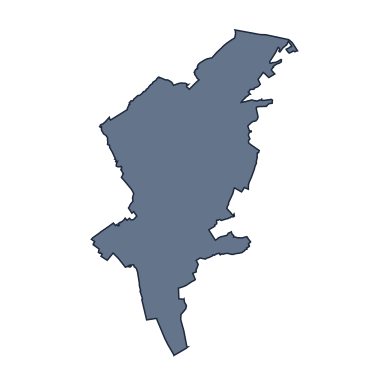 outline of Hiliseu-Horia, Botosani, Romania, rotated 93°
{"feature_id": "2599482B53241690354828", "entity_name": "Hiliseu-Horia", "entity_type": "district", "adm_level": 2, "iso_a3": "ROU", "parent_name": "Romania", "parent_adm1": "Botosani", "projection": "mercator", "projection_center": [26.289, 48.015], "detail": "fine", "context": "isolated", "style": "filled", "palette": "slate", "viewbox_px": 384, "rotation_deg": 93, "n_neighbors": 0, "source": "geoboundaries", "source_scale": "gbopen_adm2", "svg_char_len": 5950}
<svg xmlns="http://www.w3.org/2000/svg" viewBox="0 0 384 384"><g transform="rotate(93 192 192)"><path d="M262.3,261.9L270.6,254.6L269.7,252.1L270.1,250.8L270.1,249.7L269.6,249.1L269.2,248.9L268.9,249.2L268.5,250.5L268.0,248.8L268.0,248.2L267.7,246.7L268.0,246.3L269.7,245.9L270.4,244.4L271.7,243.4L274.7,242.2L279.8,241.1L286.0,239.8L288.1,239.7L293.3,238.1L293.8,238.7L301.3,235.8L302.0,236.5L322.1,230.6L320.3,222.0L320.3,220.5L321.4,220.3L339.7,211.5L345.8,208.0L355.7,201.5L356.1,201.5L352.0,195.1L348.4,189.7L347.1,188.3L347.2,188.7L347.0,188.9L345.4,189.4L331.1,192.9L320.3,196.5L319.4,196.6L314.8,196.6L311.5,193.9L310.2,193.2L309.5,192.3L306.1,191.6L305.4,191.8L302.2,193.9L300.7,194.0L299.7,194.4L299.1,194.4L299.5,194.9L299.4,199.5L288.7,200.5L287.7,197.5L285.8,193.3L281.5,187.5L280.1,185.0L279.3,184.1L273.1,187.0L271.5,183.5L269.2,184.0L268.7,183.4L264.0,182.0L260.1,184.2L257.5,180.5L258.3,175.1L257.5,174.1L256.8,172.9L256.8,172.2L255.1,168.9L254.5,168.1L253.7,167.8L254.0,166.5L253.1,165.0L252.7,164.7L252.6,163.9L252.1,163.4L252.0,162.1L251.8,161.4L251.9,161.2L252.8,161.0L253.3,160.5L253.2,160.2L252.4,159.4L252.3,158.9L252.5,157.5L251.8,155.7L251.4,154.0L251.5,152.7L252.2,149.5L252.2,147.8L251.2,144.8L250.7,142.0L249.9,139.0L247.9,136.5L247.0,135.9L246.0,134.0L245.0,134.5L243.7,132.3L243.2,131.9L242.5,132.4L242.4,132.1L240.7,132.9L239.1,131.1L238.8,131.3L238.5,131.0L236.1,133.2L233.7,134.9L235.3,140.0L235.2,142.5L235.4,143.6L234.7,146.7L234.9,148.1L233.5,148.0L231.6,150.0L229.7,150.6L230.4,151.8L231.2,153.6L233.4,154.8L234.4,157.9L235.0,160.3L235.8,162.1L236.5,163.3L237.8,164.5L238.9,166.2L228.9,173.3L224.9,167.4L223.9,167.6L222.4,165.7L221.5,165.6L219.9,166.1L218.8,165.8L218.8,164.3L218.0,163.2L218.0,162.8L218.1,162.3L218.7,161.7L218.9,161.0L218.5,160.2L217.0,156.1L216.7,154.7L215.8,153.5L215.7,152.5L214.8,151.7L214.6,151.1L214.7,150.0L214.6,149.2L213.8,148.4L211.8,148.9L213.1,149.7L212.9,150.3L210.6,152.3L206.6,156.4L204.2,155.8L202.6,154.9L200.5,154.8L191.3,151.1L187.2,150.4L185.7,149.8L189.3,142.5L184.8,139.9L186.3,135.9L181.7,136.0L179.2,135.4L174.8,133.7L166.5,131.1L163.0,130.4L159.9,129.2L157.9,129.4L153.8,128.6L152.9,128.9L149.7,128.8L149.4,128.7L149.4,127.9L149.1,127.5L147.9,127.3L147.1,127.0L142.5,134.4L140.6,137.3L139.9,138.0L137.7,138.3L136.0,136.9L133.0,138.5L130.9,138.6L129.1,137.3L129.0,136.4L128.8,136.0L128.3,135.9L127.8,136.2L128.2,137.8L123.4,139.7L122.8,139.5L119.1,135.9L118.2,134.3L118.1,133.2L117.5,131.9L117.3,132.0L116.5,131.0L115.8,130.7L115.3,130.3L113.3,130.0L105.7,132.1L104.1,132.2L103.8,131.8L103.2,129.6L102.6,122.3L102.4,122.1L102.3,122.3L100.2,120.2L99.6,119.0L99.2,116.6L96.0,116.5L95.3,117.9L95.9,119.6L96.0,121.2L96.8,124.8L96.8,127.3L96.6,127.7L96.3,127.1L95.7,127.3L96.7,128.2L96.6,129.5L97.5,131.0L97.5,131.6L97.8,132.2L97.4,133.8L97.6,135.0L97.1,136.0L96.9,137.2L97.9,139.9L98.0,140.9L98.9,142.9L99.2,144.7L99.9,147.5L98.1,146.5L95.1,143.6L94.9,143.8L92.9,141.2L91.6,140.1L91.3,138.9L91.1,139.1L91.1,139.4L90.2,139.7L89.9,140.5L89.1,141.0L88.8,140.5L86.7,139.3L86.5,138.8L86.2,135.6L84.8,134.9L83.4,131.7L80.9,129.4L76.1,131.9L68.9,127.1L70.1,125.4L73.7,121.3L69.8,115.5L66.1,119.1L65.5,119.1L64.2,118.0L63.3,117.8L63.2,117.2L62.3,117.4L59.7,114.0L58.8,111.6L57.6,109.8L55.5,109.5L55.0,110.0L57.8,114.3L58.5,117.1L58.6,118.4L59.4,119.9L59.2,120.4L59.2,120.9L58.5,120.9L57.9,121.3L48.3,115.8L43.1,113.6L43.0,113.4L43.3,112.9L44.8,111.9L46.8,112.7L47.6,111.6L43.0,108.5L42.0,107.2L40.5,105.9L40.4,105.3L36.5,103.7L40.2,100.7L41.5,100.1L41.8,100.7L42.2,102.0L43.0,102.6L44.5,105.5L45.1,105.2L47.7,102.9L48.2,102.2L46.9,99.6L45.9,98.4L46.0,97.7L46.4,97.1L46.5,96.3L45.9,95.5L45.5,94.0L38.4,99.1L37.2,100.2L34.8,103.4L31.1,126.5L31.2,132.3L27.9,157.6L29.1,157.1L31.6,156.8L35.4,157.3L36.2,157.7L37.9,160.3L41.6,165.1L44.6,168.3L46.9,170.3L51.1,174.4L57.0,179.1L58.1,183.5L59.4,186.1L62.7,190.9L64.5,192.5L66.9,193.3L67.9,192.6L68.7,193.3L68.4,193.4L68.5,193.7L68.9,193.8L69.5,194.7L70.4,195.3L71.1,195.3L71.5,195.7L72.6,196.1L73.2,195.3L74.3,195.5L76.3,193.9L77.9,193.0L79.7,190.9L82.1,193.4L89.6,200.1L87.9,201.9L87.7,202.5L87.0,202.9L85.6,202.9L85.4,201.6L84.9,201.2L85.1,201.8L83.8,204.0L83.7,208.6L84.4,211.3L86.4,216.0L83.6,217.9L82.3,220.0L81.4,222.0L81.4,224.4L79.5,229.7L79.7,230.4L79.1,230.7L79.0,231.3L79.7,231.8L79.6,232.1L81.0,233.2L82.4,233.9L84.3,236.6L84.8,237.0L85.6,237.1L86.6,238.1L87.0,239.0L87.6,239.2L88.7,240.3L90.3,241.1L91.0,241.7L91.8,243.0L92.7,243.2L94.2,244.6L94.3,245.8L94.9,245.9L95.7,246.7L96.0,246.8L97.9,248.8L98.4,250.1L98.4,250.9L99.5,252.2L101.2,253.7L101.9,254.7L102.9,255.1L104.2,256.1L104.1,256.9L104.3,257.9L105.2,258.2L105.8,259.2L106.4,259.2L107.5,258.6L107.9,259.6L109.0,259.5L109.7,260.1L111.0,260.5L112.4,261.0L113.1,260.9L124.4,277.1L123.0,278.2L121.8,278.5L127.0,282.7L127.5,283.4L128.7,284.5L129.1,285.8L129.9,287.0L130.7,287.1L131.6,287.7L132.1,286.7L131.6,285.8L134.8,285.7L135.6,285.2L138.6,283.3L140.0,280.9L142.6,279.0L144.3,279.2L145.0,278.9L146.7,278.7L149.0,278.8L149.5,277.6L149.4,277.1L149.8,276.8L152.0,276.5L156.1,273.8L162.4,270.5L162.7,270.4L163.2,270.9L163.5,270.2L164.6,269.2L165.4,269.9L166.5,268.9L165.9,268.2L168.7,269.1L170.2,268.9L170.7,267.3L170.6,265.7L170.1,264.3L170.4,263.7L171.3,263.5L171.8,264.0L173.0,263.5L173.5,264.2L177.3,261.5L177.7,262.0L178.0,261.9L179.0,262.2L181.1,263.3L185.5,259.0L192.5,252.6L196.5,250.1L200.8,251.1L204.4,250.5L207.4,252.8L209.9,253.8L211.3,254.6L216.3,250.9L214.7,249.1L218.9,245.9L222.4,248.7L223.1,250.6L223.1,251.3L221.5,253.1L223.7,255.4L221.6,257.4L221.9,257.7L222.3,257.4L225.2,260.3L226.3,261.8L226.0,262.1L227.4,263.9L229.0,262.8L229.7,264.1L228.4,265.3L229.5,266.7L227.1,268.9L230.4,272.9L236.8,281.3L237.6,282.0L242.9,288.7L244.5,290.0L246.6,286.6L248.8,287.8L249.2,287.3L249.9,287.8L253.7,281.8L257.2,282.3L258.0,280.7L257.5,280.4L258.7,278.5L261.0,279.5L264.6,273.1L257.1,267.6L262.3,261.9Z" fill="#64748b" stroke="#1e293b" stroke-width="1.5"/></g></svg>